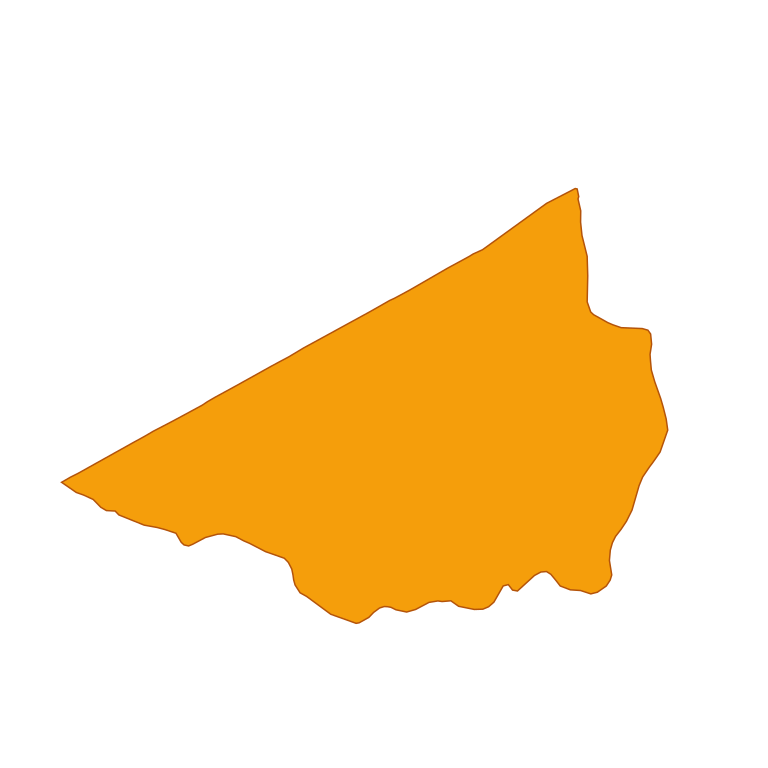 San Jerónimo, Baja Verapaz, Guatemala (Equal Earth projection), rotated 195°
{"feature_id": "79465075B29506691541664", "entity_name": "San Jerónimo", "entity_type": "district", "adm_level": 2, "iso_a3": "GTM", "parent_name": "Guatemala", "parent_adm1": "Baja Verapaz", "projection": "equal_earth", "projection_center": [-90.197, 15.052], "detail": "fine", "context": "isolated", "style": "filled", "palette": "amber", "viewbox_px": 768, "rotation_deg": 195, "n_neighbors": 0, "source": "geoboundaries", "source_scale": "gbopen_adm2", "svg_char_len": 1837}
<svg xmlns="http://www.w3.org/2000/svg" viewBox="0 0 768 768"><g transform="rotate(195 384 384)"><path d="M659.2,216.0L662.8,212.8L670.0,205.6L653.2,199.6L645.6,199.0L635.0,197.2L625.6,191.6L619.4,189.9L610.8,191.7L606.2,188.9L579.2,185.6L565.9,186.7L557.9,186.7L546.3,186.0L538.9,178.6L535.5,176.8L530.8,177.0L527.3,179.7L516.8,189.5L505.8,195.9L500.5,197.6L487.6,198.2L478.9,196.2L472.7,195.3L455.0,191.4L435.2,189.9L430.2,186.9L425.2,181.4L422.5,176.0L420.6,171.5L417.9,166.9L411.0,160.6L403.8,158.8L375.8,147.8L349.0,145.6L346.2,146.9L338.2,154.7L334.9,160.7L330.3,166.5L326.2,169.1L323.0,169.8L319.5,170.1L314.0,169.0L303.1,169.6L295.1,174.4L284.0,184.7L275.8,188.4L271.6,188.9L263.3,191.9L254.4,188.6L238.5,189.6L230.2,192.1L225.3,195.9L221.4,201.7L216.6,219.8L212.0,222.4L206.5,218.2L201.5,218.6L189.1,238.0L183.8,243.0L178.5,244.9L173.6,243.4L169.5,240.5L166.6,238.4L161.5,234.5L150.8,233.4L140.7,235.4L129.9,234.8L124.0,238.1L117.0,246.4L114.8,253.1L114.6,258.5L120.6,271.9L122.4,282.1L122.3,289.8L120.9,296.7L117.4,305.0L114.3,314.1L111.8,326.4L111.3,351.9L110.1,361.1L108.4,366.0L106.0,372.9L104.2,377.3L102.0,383.3L99.7,389.8L98.0,412.9L102.4,423.3L108.2,433.7L113.0,441.6L123.1,456.3L129.4,466.7L132.6,475.4L134.7,481.5L135.8,491.7L139.4,501.3L143.0,504.3L148.9,504.4L169.5,499.8L178.0,500.4L183.7,501.2L199.5,505.2L203.0,507.1L209.0,515.9L215.2,541.2L217.8,549.9L220.8,559.9L231.2,578.7L236.0,591.2L238.8,602.2L244.5,613.0L244.4,615.4L247.9,622.4L249.9,622.3L273.7,600.6L323.6,539.2L331.5,532.7L334.6,529.4L352.7,512.2L383.5,481.4L396.1,469.5L400.3,466.0L416.6,449.9L454.4,413.8L466.9,401.9L470.7,398.3L483.3,385.3L490.3,378.8L497.3,372.2L526.6,343.8L543.4,327.8L549.9,321.3L554.1,316.5L577.9,294.0L594.7,278.6L601.7,271.5L611.0,262.6L656.5,218.4L659.2,216.0Z" fill="#f59e0b" stroke="#b45309" stroke-width="1.5"/></g></svg>